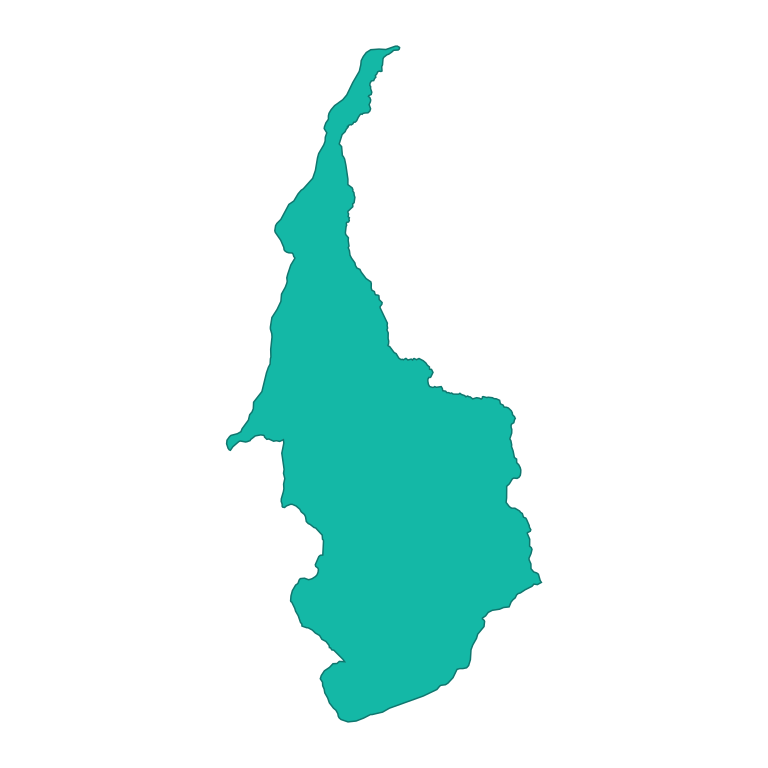 outline of La Salina, Casanare, Colombia
{"feature_id": "7082276B42027668960316", "entity_name": "La Salina", "entity_type": "district", "adm_level": 2, "iso_a3": "COL", "parent_name": "Colombia", "parent_adm1": "Casanare", "projection": "natural_earth1", "projection_center": [-72.339, 6.211], "detail": "fine", "context": "isolated", "style": "filled", "palette": "teal", "viewbox_px": 768, "rotation_deg": 0, "n_neighbors": 0, "source": "geoboundaries", "source_scale": "gbopen_adm2", "svg_char_len": 6075}
<svg xmlns="http://www.w3.org/2000/svg" viewBox="0 0 768 768"><path d="M436.9,689.5L439.8,686.0L441.0,685.3L445.5,684.7L448.0,683.1L453.0,677.7L457.0,669.4L459.6,668.6L462.8,668.6L466.6,667.8L468.6,665.6L470.4,659.7L471.0,649.8L472.8,644.9L476.5,638.4L477.7,634.2L484.0,626.6L484.6,621.4L484.1,620.3L482.4,618.9L482.5,618.0L485.6,615.9L488.2,612.4L492.3,610.3L499.6,609.2L503.6,607.5L509.1,606.9L511.1,602.0L513.0,599.7L515.2,597.9L516.6,594.9L518.1,593.6L520.4,592.9L524.9,589.9L532.1,586.2L533.9,584.1L537.4,584.6L541.4,582.4L540.2,580.5L538.4,574.2L536.8,573.0L533.7,571.9L531.0,568.7L530.9,563.9L529.1,559.8L529.0,558.2L531.0,553.6L532.0,549.4L531.3,547.7L529.6,546.2L529.7,539.2L527.3,533.5L527.4,532.7L530.3,531.2L530.8,529.7L529.4,527.2L529.2,525.5L526.5,519.3L525.8,518.1L523.5,517.2L522.3,513.5L520.5,512.3L519.6,511.0L514.9,508.2L511.8,508.2L510.7,507.6L509.3,506.6L506.1,502.4L506.6,498.0L506.7,486.3L509.3,483.9L512.4,478.8L513.8,478.1L517.1,478.4L519.0,477.3L520.3,475.3L520.7,472.7L520.8,470.0L520.2,467.6L518.7,464.7L516.7,462.7L516.6,459.1L514.4,457.5L513.1,451.0L511.5,446.5L511.7,444.9L510.9,440.8L509.8,438.9L511.7,433.1L511.8,429.4L511.1,427.3L511.1,425.2L511.8,423.9L513.8,422.7L514.6,419.4L515.3,418.6L514.5,416.7L512.5,414.6L512.3,412.8L511.3,410.8L508.4,408.0L506.6,407.3L504.1,407.1L503.1,405.1L500.4,403.8L499.6,400.3L496.3,398.8L494.0,398.6L492.4,397.7L488.0,397.2L487.0,397.6L483.2,396.6L482.5,396.8L482.2,398.3L481.2,399.1L479.4,398.2L476.6,397.7L472.7,398.9L470.2,396.9L468.9,396.8L467.7,396.0L465.8,396.8L464.7,395.6L461.5,394.5L459.9,393.3L458.6,394.2L453.2,394.1L451.6,393.0L450.2,393.4L448.8,392.6L446.7,392.6L445.7,391.2L442.8,390.7L442.3,388.4L441.2,386.6L436.3,387.3L434.7,386.6L433.7,387.3L432.3,387.4L429.6,386.5L428.4,384.3L427.8,381.0L427.9,379.1L428.9,377.4L430.0,377.5L430.8,377.0L433.0,372.4L431.5,369.4L429.6,369.3L429.4,366.9L427.4,365.3L425.8,362.9L423.2,360.7L419.0,358.5L416.5,359.7L414.1,358.5L413.5,358.8L412.6,360.0L411.2,359.1L407.9,360.0L405.9,358.4L403.3,359.8L402.3,359.3L401.0,359.6L398.8,358.1L396.2,353.7L394.1,352.5L389.7,346.6L388.3,345.9L387.9,345.2L388.5,344.1L388.7,341.2L388.1,338.4L388.2,332.9L386.9,329.9L387.6,328.1L387.1,325.4L387.4,323.2L380.1,307.8L380.1,306.6L381.9,304.2L382.1,302.5L379.2,299.6L378.9,295.8L378.1,295.2L375.6,294.8L375.0,294.0L374.4,291.6L371.8,290.1L371.2,287.9L371.3,283.6L370.8,281.8L366.1,278.6L361.2,272.1L359.9,269.4L356.9,268.0L355.5,265.6L354.9,262.9L351.5,258.1L350.0,255.2L349.4,250.6L348.2,247.7L349.0,246.0L348.2,240.6L348.4,237.8L345.7,234.5L345.4,232.6L346.1,226.4L346.6,225.5L346.3,223.1L346.9,222.3L348.5,222.0L349.3,220.6L348.9,218.9L349.4,217.8L348.1,216.6L348.6,213.9L347.9,212.6L347.9,211.4L352.8,206.7L352.7,203.8L354.1,202.7L354.9,197.3L354.2,195.3L353.9,192.5L352.8,191.2L352.9,189.7L352.2,187.9L347.9,184.6L347.9,179.1L345.9,165.4L344.6,159.0L343.2,156.3L342.4,155.6L341.6,146.6L339.2,143.9L342.1,134.6L345.1,131.7L346.2,129.3L347.7,127.5L347.5,126.6L348.3,126.6L348.4,125.5L350.2,124.6L351.2,124.9L352.9,123.8L353.6,122.3L355.3,122.1L356.7,120.7L358.3,117.3L360.2,114.5L361.1,114.0L362.2,114.3L363.0,113.4L364.9,113.0L368.0,112.8L369.8,111.1L370.6,108.8L369.1,104.6L370.4,101.8L370.7,99.9L369.8,97.5L368.4,96.4L368.8,95.6L371.2,94.5L371.8,92.2L370.6,88.7L370.6,86.4L369.8,85.5L370.0,83.3L371.4,80.9L373.7,80.6L374.6,78.5L375.8,77.3L375.4,75.5L376.7,74.1L377.7,71.8L379.4,71.1L380.9,71.5L382.0,71.0L381.7,66.6L382.5,64.9L383.0,58.8L383.7,57.4L386.9,54.8L388.7,54.2L391.6,52.2L393.7,50.3L398.2,50.0L399.3,49.0L399.6,47.5L398.9,47.0L397.3,46.1L395.3,46.2L385.9,49.5L379.1,49.1L370.8,49.7L366.3,52.5L363.3,56.5L361.2,60.6L360.8,64.8L359.3,71.3L352.8,82.5L346.8,94.9L342.8,99.7L334.6,105.6L331.1,109.7L329.0,113.3L328.4,115.9L328.4,119.2L325.8,123.0L324.4,127.0L324.2,128.6L326.8,132.8L325.3,137.2L325.1,141.2L323.8,144.8L318.7,153.5L317.5,157.9L315.4,170.4L312.7,178.3L303.3,188.8L301.1,190.3L298.1,193.8L293.8,201.0L288.9,204.4L280.8,219.5L276.9,223.4L275.6,225.6L274.8,230.7L275.3,232.4L280.7,240.2L283.8,247.4L284.1,249.8L285.0,251.0L286.6,252.1L288.7,252.8L292.1,253.0L293.1,254.1L293.8,256.6L294.8,257.7L294.8,258.4L290.8,265.0L287.7,274.3L286.8,277.8L287.2,281.3L286.8,283.2L285.3,287.2L281.5,294.1L280.9,301.4L277.1,309.4L271.9,317.5L270.4,327.0L270.4,329.0L271.8,333.8L272.0,337.1L270.7,349.3L270.9,357.0L270.4,358.8L270.1,364.1L268.4,367.3L266.5,372.7L261.9,391.6L253.6,402.2L253.3,408.8L252.7,410.2L252.1,411.8L249.7,414.7L248.4,420.1L242.1,428.7L240.9,431.7L237.4,433.7L231.0,435.4L229.6,436.6L227.0,440.2L226.6,443.8L228.1,448.3L229.3,449.9L230.4,450.3L232.9,446.7L238.8,441.6L240.3,441.0L245.6,442.0L247.1,441.7L250.1,440.6L250.7,439.5L255.3,435.9L260.7,434.9L263.6,435.3L264.3,435.9L264.5,437.0L266.8,439.3L268.9,439.0L273.6,441.2L276.4,440.7L279.7,441.4L283.4,439.7L283.8,443.1L281.8,453.2L284.1,469.4L283.5,473.3L284.8,478.6L283.6,484.1L283.9,488.6L283.4,491.6L281.3,498.8L281.2,501.4L282.1,504.0L282.2,506.5L282.8,507.2L284.6,507.5L286.5,505.9L290.5,504.3L292.2,504.3L296.1,506.0L299.8,509.2L301.2,511.8L304.4,514.5L305.5,516.7L306.3,521.5L308.3,523.6L310.1,524.4L314.0,527.5L315.7,528.0L322.2,535.1L322.5,539.2L323.3,540.0L323.5,541.1L322.8,555.0L320.3,555.3L318.8,556.6L315.3,564.7L315.7,566.4L317.8,568.0L318.4,569.3L318.1,572.1L317.1,574.7L315.5,576.5L312.1,578.7L310.0,579.4L308.4,579.7L304.5,578.2L300.3,578.6L299.2,579.9L297.9,583.5L295.6,585.1L292.4,590.6L291.0,595.8L290.6,600.8L290.9,601.6L291.8,602.2L294.8,608.4L295.6,611.2L298.2,615.7L300.5,622.4L301.8,624.0L302.0,626.1L306.6,627.7L308.2,627.8L312.4,630.1L315.3,633.0L319.6,635.5L321.9,639.3L326.0,641.5L329.1,645.4L329.4,647.6L330.5,647.8L331.8,649.9L333.8,650.2L343.1,659.5L344.6,661.7L339.3,661.4L337.0,663.5L333.0,663.7L329.5,667.4L324.4,670.8L321.3,675.5L320.3,678.8L322.5,682.2L322.7,685.8L324.1,688.9L324.8,692.9L327.7,698.0L329.4,702.9L333.5,708.2L335.9,710.2L337.8,713.6L338.3,716.3L339.1,717.8L341.0,719.5L348.0,721.9L356.2,721.0L363.6,718.1L370.6,714.5L371.9,714.6L382.6,712.1L389.4,708.2L423.3,696.0L436.9,689.5Z" fill="#14b8a6" stroke="#0f766e" stroke-width="1.5"/></svg>